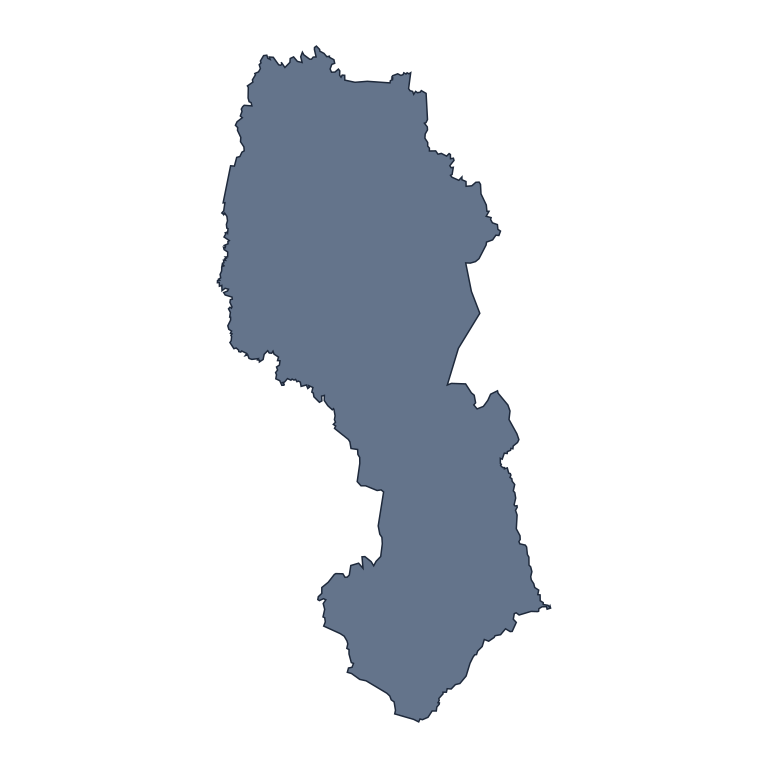 outline of Nzema East, Western, Ghana
{"feature_id": "2480657B37092877755739", "entity_name": "Nzema East", "entity_type": "district", "adm_level": 2, "iso_a3": "GHA", "parent_name": "Ghana", "parent_adm1": "Western", "projection": "natural_earth1", "projection_center": [-2.226, 5.086], "detail": "fine", "context": "isolated", "style": "filled", "palette": "slate", "viewbox_px": 768, "rotation_deg": 0, "n_neighbors": 0, "source": "geoboundaries", "source_scale": "gbopen_adm2", "svg_char_len": 6048}
<svg xmlns="http://www.w3.org/2000/svg" viewBox="0 0 768 768"><path d="M263.6,55.6L260.4,61.0L261.0,62.9L259.2,64.7L260.4,68.6L258.5,71.9L254.8,73.5L255.4,74.9L252.4,79.9L252.9,82.1L247.4,85.9L248.3,87.4L248.1,98.0L249.1,101.7L251.1,102.6L251.9,105.9L244.2,105.3L242.6,106.8L241.3,109.1L242.0,111.4L240.3,116.0L242.3,117.7L237.1,121.7L235.4,125.3L237.7,127.6L237.5,130.4L240.8,137.4L240.5,141.7L243.9,146.9L244.2,150.8L241.9,152.2L239.9,156.5L236.7,157.4L234.4,166.1L230.6,165.8L223.1,202.9L224.9,202.7L223.7,210.8L221.8,213.0L223.4,214.3L224.0,213.6L224.0,214.5L225.0,213.5L226.9,216.4L227.5,220.8L226.4,224.4L226.8,228.1L228.0,228.7L227.6,232.8L227.2,232.0L225.2,232.9L225.9,233.7L224.0,237.0L229.3,240.6L227.9,241.6L228.0,243.8L224.3,245.4L225.5,246.3L225.2,247.7L223.5,247.2L224.1,249.6L227.7,252.0L227.6,256.8L225.2,257.0L226.3,258.2L224.7,258.9L225.5,260.3L223.5,260.1L223.9,262.7L222.5,263.2L222.0,265.9L223.1,264.8L224.0,265.8L221.8,266.7L221.6,271.1L220.1,274.4L220.7,277.9L218.5,279.2L219.6,280.2L217.5,280.7L217.4,282.7L219.3,282.6L219.4,286.2L221.8,285.4L222.0,290.7L225.1,288.3L228.5,289.2L227.5,291.0L223.7,292.6L225.2,295.0L232.0,297.1L232.3,299.2L230.4,299.6L229.9,302.3L232.0,306.9L231.4,308.2L230.0,307.2L228.5,308.8L230.4,312.4L229.7,317.1L230.6,317.2L230.6,320.1L227.8,325.8L228.8,329.3L231.6,331.1L230.4,333.3L232.0,333.9L230.9,335.5L231.6,336.5L231.2,340.7L229.9,342.5L233.9,348.7L236.2,348.0L238.5,350.0L238.8,351.6L240.8,352.1L241.7,351.0L246.8,353.5L245.3,355.6L247.7,354.9L249.0,358.4L251.8,359.4L258.3,358.6L257.5,359.9L259.4,360.2L259.4,361.9L263.1,359.5L264.2,354.3L267.7,350.7L269.2,353.0L271.7,353.2L273.0,351.2L274.0,354.1L278.5,357.1L277.5,360.6L280.0,360.8L279.4,365.1L276.5,367.0L277.6,370.0L275.6,372.6L276.5,374.8L275.8,378.8L279.8,380.7L281.8,385.3L283.9,385.2L284.2,384.2L282.6,382.5L284.5,382.1L287.5,378.6L290.9,380.2L292.1,379.1L294.0,380.1L295.6,379.4L296.9,381.7L298.4,381.1L300.3,382.1L301.1,386.4L306.4,385.0L307.8,388.5L309.3,387.3L308.7,385.6L312.9,387.5L311.8,392.1L313.3,393.1L313.9,396.8L319.4,402.3L321.9,400.9L321.6,396.1L324.4,395.4L324.2,400.4L327.8,405.7L332.3,409.8L333.5,408.7L334.0,409.6L335.1,415.9L334.4,419.7L335.5,422.2L333.3,424.4L335.7,426.0L334.5,428.4L348.3,439.4L349.9,441.9L351.0,448.5L357.6,449.5L357.9,454.5L359.7,457.4L359.8,463.4L357.2,481.6L361.0,485.8L365.6,485.8L377.1,490.5L381.1,489.9L383.6,491.9L378.2,525.9L379.8,534.2L381.9,537.3L382.3,543.8L380.7,556.5L376.1,561.3L373.7,565.8L371.1,561.6L364.9,556.6L362.0,556.8L363.0,568.3L358.6,563.2L350.8,565.5L349.3,575.0L347.3,577.1L345.0,577.3L342.9,573.8L335.8,573.6L334.3,574.5L328.2,582.3L321.8,587.5L321.8,593.4L318.3,596.7L317.8,599.6L319.4,600.6L323.5,598.7L325.8,599.8L323.2,603.6L324.7,609.3L323.0,616.9L324.7,617.7L325.3,621.9L323.7,626.1L340.2,633.6L344.2,636.2L347.0,641.0L347.8,643.9L346.8,648.4L349.0,649.6L349.0,654.0L351.3,662.6L353.5,663.4L352.0,667.3L348.5,668.0L347.3,672.3L351.5,673.5L359.7,679.4L366.1,680.8L386.8,693.2L389.8,696.0L391.2,699.8L394.1,701.9L395.5,710.3L394.7,713.9L413.7,719.4L418.7,721.9L420.0,719.0L422.4,719.7L428.0,717.3L432.1,711.0L436.3,711.0L436.8,707.1L439.2,704.2L439.4,702.9L438.0,702.7L439.2,700.4L438.8,698.5L443.0,693.9L443.0,692.2L446.4,692.2L447.2,688.7L451.2,689.0L455.4,684.6L459.9,683.5L466.1,676.1L470.0,663.3L473.0,657.2L474.7,654.8L476.5,654.6L477.7,651.0L482.2,646.5L484.3,639.5L488.7,641.2L494.1,637.5L495.1,635.7L500.6,634.7L505.5,628.8L510.2,631.6L512.2,631.4L516.3,622.4L513.3,619.2L514.3,613.6L516.2,612.8L519.1,615.0L531.1,611.4L537.6,611.6L538.6,611.3L538.9,608.7L542.0,606.8L546.5,606.7L547.1,609.2L550.6,608.1L550.0,605.9L549.5,606.9L548.0,605.3L543.2,604.5L543.2,602.6L540.2,600.7L540.1,594.9L537.8,594.6L538.7,590.1L534.7,587.5L533.8,583.8L531.3,579.9L530.7,576.7L531.9,571.7L530.7,566.9L529.0,565.1L528.9,557.1L527.4,554.6L526.6,547.0L525.3,545.1L519.8,543.8L518.9,541.6L520.2,539.5L520.0,535.7L516.3,528.8L517.1,515.0L515.5,510.3L517.2,507.3L517.0,505.7L515.1,506.0L514.1,504.8L515.7,498.1L514.8,492.6L513.3,490.9L514.7,484.5L512.2,481.3L511.8,478.6L510.0,477.5L510.9,475.1L510.3,473.6L508.7,473.1L507.3,467.9L504.4,468.8L504.4,467.6L502.6,467.5L500.6,465.5L501.3,464.3L500.4,463.5L500.3,458.3L502.2,459.2L504.3,453.2L507.2,453.5L507.4,451.6L510.5,450.3L510.9,448.4L512.9,448.8L513.2,446.0L517.5,442.5L518.9,439.6L516.9,433.8L509.0,419.5L510.0,411.0L507.9,405.0L498.1,393.2L497.5,390.8L490.6,394.2L487.8,400.4L483.4,406.4L477.1,408.9L473.8,404.9L475.6,402.8L474.2,395.2L471.4,392.9L465.6,383.9L451.4,383.4L447.3,385.0L458.4,348.3L479.8,313.3L471.4,291.4L465.7,262.9L470.3,263.1L475.5,261.6L479.0,258.7L486.1,245.0L486.5,242.1L492.6,239.9L495.9,235.2L498.9,235.5L500.5,231.1L497.9,229.3L497.4,224.6L492.4,222.8L490.6,219.5L491.1,217.6L486.2,216.3L489.0,211.3L486.9,211.2L486.3,205.0L481.0,193.9L480.5,184.4L479.1,182.1L475.8,182.3L471.8,185.8L466.1,186.3L466.0,181.5L461.9,179.7L461.9,177.0L458.8,180.3L451.9,177.2L450.5,175.3L452.1,174.5L453.3,167.3L451.1,167.7L449.8,165.7L454.0,160.4L453.4,158.2L450.5,158.7L450.4,154.5L449.1,153.6L446.6,156.1L441.3,153.4L438.0,154.2L435.7,150.9L429.4,151.0L429.4,148.1L427.7,146.1L427.7,142.5L424.9,138.2L425.2,134.0L427.5,129.9L427.3,126.9L424.4,123.2L426.0,122.6L427.5,119.5L426.1,93.4L421.3,90.6L420.2,92.2L417.4,92.7L415.6,91.4L413.7,94.3L412.6,91.4L410.0,90.7L408.6,88.6L410.7,72.7L408.9,73.8L407.1,72.8L406.0,74.0L403.8,72.8L403.1,74.6L400.9,75.4L397.7,73.8L392.7,75.7L391.8,77.1L392.8,78.0L391.8,78.8L392.5,79.7L390.4,80.6L390.0,82.9L367.3,81.3L355.0,82.3L344.8,80.1L344.7,75.3L342.2,75.1L341.0,77.2L339.6,75.2L339.8,70.9L338.4,69.1L334.9,72.1L331.5,72.2L330.1,69.0L331.8,64.4L334.7,63.3L333.9,59.7L329.4,57.3L329.4,56.2L326.8,56.7L324.0,53.4L319.9,51.2L319.6,49.4L316.4,46.1L314.5,47.5L314.4,49.5L316.1,56.9L313.2,57.1L311.5,59.2L309.7,59.2L303.8,54.8L302.4,52.2L300.7,56.8L302.1,62.5L297.4,61.4L293.6,56.9L290.2,58.5L289.9,62.4L284.9,67.5L281.2,62.2L281.9,64.3L280.4,65.3L278.6,64.7L273.3,57.3L269.3,57.0L270.1,59.4L267.8,58.3L266.8,55.2L263.6,55.6Z" fill="#64748b" stroke="#1e293b" stroke-width="1.5"/></svg>